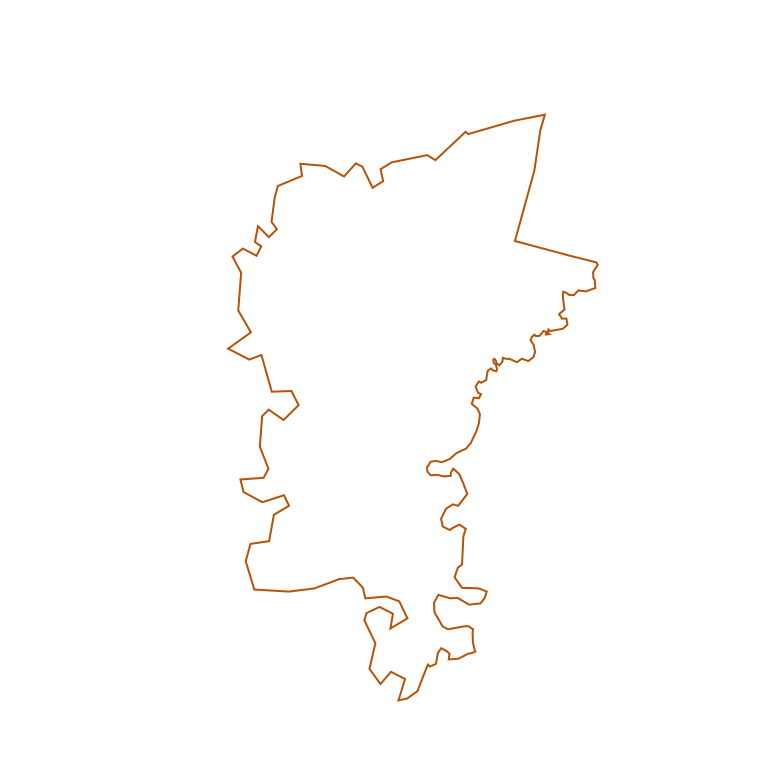 Greene, Alabama, United States of America (Equal Earth projection), rotated 15°
{"feature_id": "52423323B21487028276872", "entity_name": "Greene", "entity_type": "district", "adm_level": 2, "iso_a3": "USA", "parent_name": "United States of America", "parent_adm1": "Alabama", "projection": "equal_earth", "projection_center": [-87.872, 32.837], "detail": "fine", "context": "isolated", "style": "outline", "palette": "amber", "viewbox_px": 768, "rotation_deg": 15, "n_neighbors": 0, "source": "geoboundaries", "source_scale": "gbopen_adm2", "svg_char_len": 2730}
<svg xmlns="http://www.w3.org/2000/svg" viewBox="0 0 768 768"><g transform="rotate(15 384 384)"><path d="M458.3,674.7L465.2,660.2L480.7,663.5L479.9,685.8L487.7,681.9L495.9,671.9L497.5,656.2L499.0,643.7L501.5,645.0L506.6,640.9L505.7,629.8L507.6,624.4L514.0,625.9L517.1,627.7L517.8,633.3L526.8,630.2L535.1,622.7L538.1,621.4L541.5,618.9L539.1,615.2L536.8,610.7L533.9,601.1L533.5,597.9L528.4,596.1L523.7,597.5L509.3,604.4L503.4,603.0L491.8,591.4L488.9,582.3L491.1,573.6L496.2,573.7L503.3,573.9L510.6,571.6L523.3,575.1L534.0,570.9L536.5,565.2L537.0,557.9L528.4,556.9L512.1,560.7L502.2,552.4L502.9,542.3L506.1,538.2L500.1,510.7L500.5,502.8L493.4,500.3L488.6,504.3L485.2,508.0L477.7,506.5L474.0,499.4L476.2,488.4L481.7,482.4L487.2,482.4L492.9,468.7L486.1,459.2L480.0,451.5L472.8,447.9L471.5,452.5L472.2,455.4L465.9,457.7L458.7,458.0L452.7,460.1L448.6,457.3L447.0,453.0L448.0,451.2L449.0,447.2L453.6,444.9L460.1,444.6L466.8,439.5L472.0,431.8L480.0,425.1L483.2,418.3L484.2,412.0L485.4,406.8L485.8,397.3L484.5,388.4L480.8,383.7L473.9,380.4L474.2,373.9L479.4,373.2L480.3,368.7L477.1,368.1L473.1,362.6L475.0,357.0L477.7,357.6L481.7,353.6L481.0,347.8L480.9,344.3L483.2,341.3L485.6,342.6L489.2,342.6L489.3,340.3L487.3,336.7L484.3,335.0L483.2,332.1L484.4,331.1L486.2,332.7L487.5,334.9L490.6,336.1L492.6,331.9L492.1,328.0L495.4,328.1L499.0,327.2L506.7,328.6L510.6,323.9L517.5,324.5L521.5,319.1L521.6,313.8L518.3,307.3L514.3,303.9L514.6,300.3L516.6,297.4L518.4,298.5L521.8,297.2L524.4,291.5L527.2,291.7L527.5,294.3L530.8,293.0L528.9,291.9L528.8,288.8L530.8,289.8L542.6,284.3L545.8,279.2L543.3,273.6L539.0,274.8L535.0,271.2L539.1,265.3L534.9,255.4L533.8,252.0L533.3,248.5L536.1,248.6L539.9,250.0L544.4,249.0L547.5,243.3L555.0,242.3L563.3,236.6L560.8,229.3L558.8,227.4L557.4,222.9L557.0,221.9L559.6,213.6L557.7,211.6L530.7,212.0L473.5,212.0L474.0,139.1L469.3,98.2L469.7,82.2L441.6,96.0L400.8,120.7L397.5,119.3L375.7,154.5L366.6,151.7L334.0,167.9L325.1,177.4L330.7,188.3L322.2,197.4L306.8,179.6L299.7,178.2L291.7,193.9L270.8,188.6L246.3,192.9L250.9,204.3L230.2,220.2L230.2,232.4L233.4,256.5L240.5,262.2L234.8,271.9L221.4,264.2L222.6,280.2L229.8,282.8L227.6,293.1L212.6,289.7L204.7,300.1L217.2,313.5L224.2,350.7L242.1,368.6L224.3,390.2L247.6,395.3L258.1,387.7L277.6,420.5L296.4,414.7L307.0,426.5L296.3,444.8L279.3,438.6L274.6,446.7L280.4,476.9L294.4,495.9L291.9,505.8L270.0,513.4L276.3,524.7L297.0,529.7L316.2,517.3L323.8,526.2L311.5,538.8L313.7,565.5L296.4,573.0L296.3,591.0L311.9,616.1L346.0,609.1L369.6,599.5L391.0,584.2L404.3,579.0L416.4,586.2L421.4,595.9L441.2,588.7L455.0,590.0L467.3,604.3L453.5,618.5L452.1,603.6L437.4,600.5L426.4,609.8L426.1,617.2L442.8,636.7L443.7,663.0L458.3,674.7Z" fill="none" stroke="#b45309" stroke-width="2"/></g></svg>